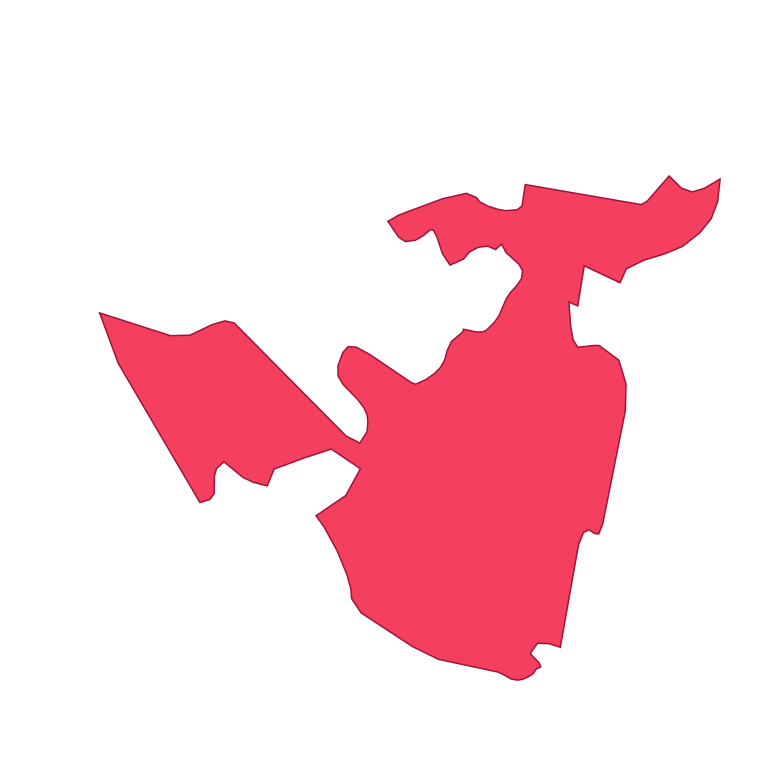 the border of Maguindanao, rotated 281°
{"feature_id": "PHL-2576", "entity_name": "Maguindanao", "entity_type": "Province", "adm_level": 1, "iso_a3": "PHL", "parent_name": "Philippines", "parent_adm1": "", "projection": "orthographic", "projection_center": [124.466, 7.153], "detail": "fine", "context": "isolated", "style": "filled", "palette": "rose", "viewbox_px": 768, "rotation_deg": 281, "n_neighbors": 0, "source": "natural_earth", "source_scale": "10m", "svg_char_len": 2054}
<svg xmlns="http://www.w3.org/2000/svg" viewBox="0 0 768 768"><g transform="rotate(281 384 384)"><path d="M261.7,288.8L262.6,274.3L265.4,263.4L277.1,241.7L269.0,235.7L261.6,235.1L244.0,238.2L237.4,235.1L232.5,226.0L232.6,225.9L353.7,119.1L353.8,119.1L399.5,91.3L390.7,165.0L394.8,184.0L409.7,204.3L415.6,215.8L415.3,225.3L325.6,356.9L321.5,371.4L321.4,371.5L329.2,374.6L329.3,374.6L334.1,376.5L343.6,375.4L350.6,373.3L352.2,372.1L356.8,368.9L364.0,360.8L375.5,344.2L383.1,337.4L392.9,335.3L406.8,337.5L413.9,341.6L414.9,349.7L410.5,363.8L390.5,410.7L389.8,415.1L396.4,424.3L403.9,431.5L411.0,436.3L419.1,438.9L429.2,439.7L438.6,442.1L450.2,451.4L452.9,451.5L452.7,463.4L453.2,467.3L454.0,471.2L456.7,474.6L465.8,480.7L472.9,483.8L491.1,487.8L498.4,490.9L505.7,495.4L513.4,498.8L521.5,498.5L521.6,498.4L527.2,493.8L536.5,478.5L543.7,472.9L540.5,470.2L537.3,467.9L539.1,459.4L536.2,450.4L529.9,442.7L521.9,438.3L513.3,426.1L523.1,416.5L538.8,407.7L544.5,403.0L544.3,400.0L537.3,394.5L531.2,387.5L527.9,377.8L530.8,370.6L544.4,356.8L552.8,366.5L554.7,369.7L555.5,370.8L577.0,406.1L586.9,428.4L584.7,439.1L581.0,443.3L578.4,452.4L577.2,462.6L577.4,470.4L580.4,481.5L585.1,485.5L606.7,484.6L609.2,602.2L613.6,607.4L642.6,624.2L642.5,624.3L633.0,638.6L631.3,649.8L637.0,660.8L649.4,674.8L649.2,674.9L626.6,676.7L608.6,673.6L592.6,665.1L576.0,650.7L565.6,635.1L555.1,615.5L543.3,599.9L528.4,596.4L538.2,558.0L497.6,559.3L499.8,549.8L475.8,556.4L463.7,561.1L457.0,567.1L462.0,583.1L462.8,587.9L452.2,610.0L430.4,621.5L404.0,626.0L288.2,625.4L277.6,623.3L277.6,618.8L280.0,613.2L276.4,608.2L263.3,605.6L160.4,607.3L159.2,607.4L160.6,595.7L158.8,584.1L147.8,579.2L146.2,580.4L140.0,589.4L136.7,591.8L135.1,590.7L134.1,588.5L132.2,587.3L128.1,585.7L124.1,581.6L120.7,576.6L118.8,571.8L118.6,565.5L122.0,555.1L123.0,550.4L124.1,490.2L131.8,461.7L154.9,405.3L167.1,393.2L176.8,390.5L189.7,384.0L211.1,370.0L232.1,352.6L241.7,342.4L267.3,367.8L296.3,377.0L310.1,344.7L296.4,320.1L279.6,292.4L261.7,288.8Z" fill="#f43f5e" stroke="#9f1239" stroke-width="1.5"/></g></svg>